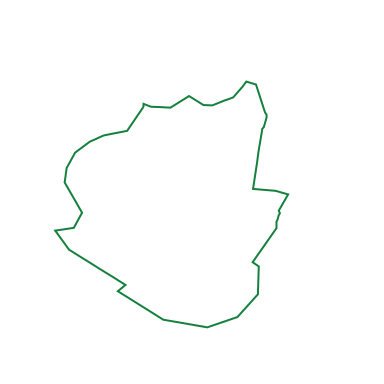 the district of Kings, New York, United States of America, rotated 39°
{"feature_id": "52423323B42930074476451", "entity_name": "Kings", "entity_type": "district", "adm_level": 2, "iso_a3": "USA", "parent_name": "United States of America", "parent_adm1": "New York", "projection": "mercator", "projection_center": [-73.962, 40.654], "detail": "fine", "context": "isolated", "style": "outline", "palette": "green", "viewbox_px": 384, "rotation_deg": 39, "n_neighbors": 0, "source": "geoboundaries", "source_scale": "gbopen_adm2", "svg_char_len": 1010}
<svg xmlns="http://www.w3.org/2000/svg" viewBox="0 0 384 384"><g transform="rotate(39 192 192)"><path d="M164.7,72.0L165.0,78.3L164.5,92.5L161.3,98.0L160.2,99.5L153.3,111.9L146.2,117.2L129.3,119.3L122.2,140.0L113.9,146.0L106.4,151.6L98.9,154.0L100.7,156.5L103.1,185.3L94.3,195.8L93.1,197.2L90.8,200.0L87.9,203.5L86.2,206.7L86.0,207.2L85.4,208.3L85.2,208.7L84.7,209.7L84.1,211.0L83.7,211.8L80.9,217.2L77.9,229.0L76.4,235.0L79.5,252.3L82.9,257.9L83.3,258.5L87.0,264.7L112.7,274.6L113.7,275.0L119.6,277.3L122.7,294.2L120.9,296.2L110.0,308.1L132.8,314.2L146.1,312.6L161.1,310.7L168.1,309.9L175.9,308.9L187.5,307.4L191.5,307.0L198.8,306.1L196.8,315.8L250.1,309.3L289.0,287.6L306.0,260.6L307.6,230.0L290.7,207.8L283.3,208.4L280.4,166.9L276.4,162.0L275.9,159.7L274.1,155.7L273.6,153.1L271.2,151.9L268.2,133.4L256.2,138.5L237.5,151.2L224.0,128.1L218.2,118.7L208.6,101.6L208.1,100.8L206.8,98.6L207.0,96.4L203.0,87.0L201.4,85.1L198.5,84.1L174.1,68.2L164.7,72.0Z" fill="none" stroke="#15803d" stroke-width="2"/></g></svg>